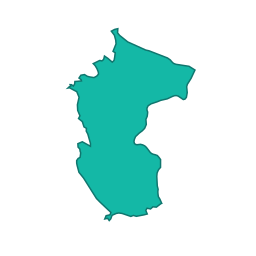 the border of Wakayama, rotated 37°
{"feature_id": "JPN-1854", "entity_name": "Wakayama", "entity_type": "Prefecture", "adm_level": 1, "iso_a3": "JPN", "parent_name": "Japan", "parent_adm1": "", "projection": "robinson", "projection_center": [135.481, 33.903], "detail": "fine", "context": "isolated", "style": "filled", "palette": "teal", "viewbox_px": 256, "rotation_deg": 37, "n_neighbors": 0, "source": "natural_earth", "source_scale": "10m", "svg_char_len": 2025}
<svg xmlns="http://www.w3.org/2000/svg" viewBox="0 0 256 256"><g transform="rotate(37 128 128)"><path d="M200.3,167.9L199.8,168.6L198.3,174.1L195.3,176.0L194.7,179.1L191.5,180.6L191.8,183.1L195.1,185.1L192.9,187.9L187.8,193.5L184.9,194.6L183.5,196.9L174.7,199.8L171.8,201.4L170.1,203.2L167.8,207.3L168.9,210.9L168.7,213.2L166.1,212.4L164.2,214.6L163.3,211.2L165.9,208.1L165.1,205.7L150.0,204.0L145.3,203.3L122.6,194.7L115.5,192.9L110.0,188.6L108.2,187.0L106.6,184.9L106.5,182.4L107.4,180.3L105.6,177.0L104.7,175.9L103.9,175.5L102.2,173.8L99.6,173.3L97.4,170.7L99.8,166.5L105.4,165.7L109.0,165.2L107.3,162.9L99.5,157.0L96.5,155.6L95.0,153.3L92.2,153.6L87.7,150.4L82.8,150.2L82.3,147.2L77.2,144.2L73.6,139.9L70.4,132.9L65.2,129.8L62.3,130.3L57.0,131.1L56.0,132.2L56.3,130.3L57.1,129.1L55.7,128.2L56.8,127.4L59.1,127.4L58.9,125.0L57.6,122.8L60.0,120.7L62.5,118.4L61.5,117.6L58.8,117.6L58.6,114.2L61.1,111.5L64.4,111.2L66.6,110.3L70.5,108.2L71.8,105.4L72.0,102.7L70.5,101.1L67.5,99.3L64.1,97.9L61.5,97.5L64.7,91.2L65.0,90.9L66.3,90.4L66.8,90.0L67.1,89.1L67.1,87.4L65.9,84.7L69.9,84.5L75.8,84.9L76.2,82.4L74.7,79.4L72.5,75.6L69.9,75.8L67.8,68.0L65.4,65.3L61.3,62.1L56.4,60.7L58.0,57.3L60.1,54.8L62.4,58.3L65.6,59.1L76.0,59.4L95.2,55.1L98.3,53.7L117.4,48.3L120.9,48.2L122.9,48.7L125.4,49.0L127.9,48.3L139.6,42.0L146.6,41.4L148.5,50.4L149.1,57.4L150.0,59.7L154.0,64.1L156.2,68.4L156.1,70.7L155.0,72.0L148.9,72.3L147.1,73.0L145.6,74.3L144.5,76.0L141.8,81.1L137.5,86.2L135.6,89.4L131.9,94.8L130.7,98.1L131.2,100.7L132.4,102.3L134.1,103.4L135.0,104.8L136.3,107.1L137.1,110.3L140.5,114.2L141.5,118.3L141.1,121.6L140.0,125.4L139.2,130.3L139.9,133.1L140.8,135.1L142.3,136.4L143.8,136.6L145.2,136.0L147.8,133.5L150.0,132.6L152.1,132.2L154.3,132.4L160.4,134.1L162.2,134.2L163.9,133.8L165.8,133.0L168.0,132.3L170.4,132.8L173.0,133.6L177.7,139.9L177.5,142.3L177.6,143.7L178.3,146.4L180.1,149.3L186.2,156.6L188.9,158.8L190.2,161.0L191.7,162.7L193.6,164.6L196.2,165.6L200.3,167.9Z" fill="#14b8a6" stroke="#0f766e" stroke-width="1.5"/></g></svg>